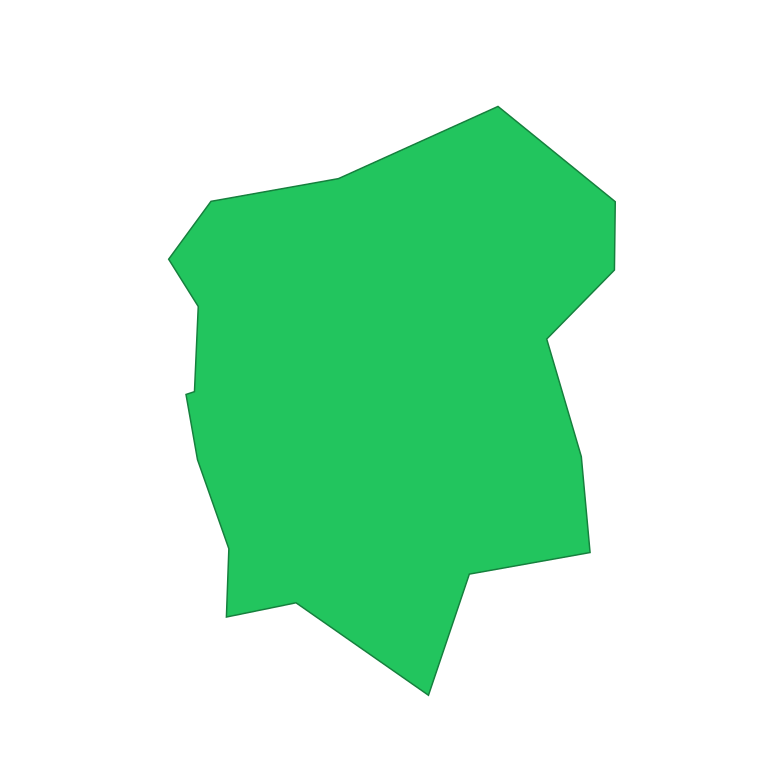 Petersburg, Virginia, United States of America (Albers equal-area conic projection), rotated 282°
{"feature_id": "52423323B27383971458976", "entity_name": "Petersburg", "entity_type": "district", "adm_level": 2, "iso_a3": "USA", "parent_name": "United States of America", "parent_adm1": "Virginia", "projection": "albers", "projection_center": [-77.398, 37.205], "detail": "fine", "context": "isolated", "style": "filled", "palette": "green", "viewbox_px": 768, "rotation_deg": 282, "n_neighbors": 0, "source": "geoboundaries", "source_scale": "gbopen_adm2", "svg_char_len": 398}
<svg xmlns="http://www.w3.org/2000/svg" viewBox="0 0 768 768"><g transform="rotate(282 384 384)"><path d="M271.2,217.3L190.6,266.5L123.3,278.3L151.7,343.4L88.8,492.2L215.8,507.0L262.0,620.6L354.0,592.1L461.8,533.8L543.4,585.7L610.4,572.3L679.2,437.8L575.4,296.7L526.7,176.8L461.3,147.4L421.2,186.2L337.1,200.2L332.6,192.5L271.2,217.3Z" fill="#22c55e" stroke="#15803d" stroke-width="1.5"/></g></svg>